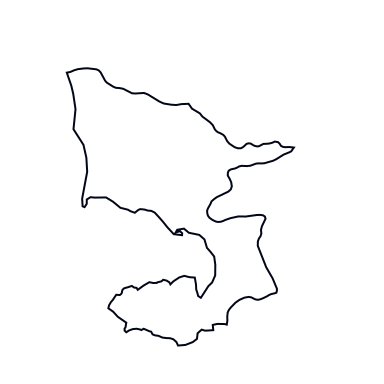 Shizuoka, Albers equal-area conic projection, rotated 76°
{"feature_id": "JPN-1845", "entity_name": "Shizuoka", "entity_type": "Prefecture", "adm_level": 1, "iso_a3": "JPN", "parent_name": "Japan", "parent_adm1": "", "projection": "albers", "projection_center": [138.464, 35.111], "detail": "fine", "context": "isolated", "style": "outline", "palette": "ink", "viewbox_px": 384, "rotation_deg": 76, "n_neighbors": 0, "source": "natural_earth", "source_scale": "10m", "svg_char_len": 3344}
<svg xmlns="http://www.w3.org/2000/svg" viewBox="0 0 384 384"><g transform="rotate(76 192 192)"><path d="M329.1,190.4L328.1,192.0L326.1,199.4L326.0,204.0L331.2,204.8L330.5,208.8L329.7,212.9L327.9,215.9L330.4,220.7L335.7,222.7L337.8,227.5L338.8,235.4L337.6,242.7L333.8,243.4L330.3,245.8L328.5,248.8L327.7,251.7L326.1,255.9L323.4,259.4L322.2,262.5L320.6,264.7L317.7,265.4L316.5,267.5L315.1,269.2L313.0,272.0L313.7,274.4L312.7,275.9L311.3,278.8L310.7,282.6L311.1,286.5L312.2,289.7L310.2,290.9L308.5,290.6L307.1,289.2L302.9,287.4L295.1,294.2L289.0,297.5L284.6,301.3L281.9,299.9L279.4,297.5L277.5,294.9L273.4,290.4L274.5,287.0L273.8,285.4L272.6,284.3L271.2,283.8L270.0,283.0L269.0,281.1L268.9,277.3L268.6,273.1L270.7,271.3L271.6,269.0L273.8,268.3L271.1,261.7L269.2,255.2L270.9,251.7L271.7,248.2L271.3,247.6L271.3,243.3L270.2,241.2L271.8,238.1L274.2,235.8L276.4,235.3L274.4,232.1L273.6,230.1L271.8,224.9L271.5,219.8L274.1,214.9L275.7,210.0L282.7,210.5L287.7,211.5L291.2,211.2L294.4,211.2L296.8,209.0L287.3,198.9L284.7,194.4L278.6,189.7L268.3,187.0L260.0,186.1L254.4,188.6L249.8,191.0L241.0,191.4L235.4,195.3L230.8,204.9L225.6,208.7L225.1,215.5L227.2,217.5L227.2,213.1L229.6,211.5L231.5,212.1L228.5,219.9L220.5,224.3L213.8,227.4L208.7,230.0L202.9,233.2L200.5,236.0L199.3,239.4L197.5,242.4L196.1,246.3L196.4,248.4L198.3,252.5L195.7,256.4L193.7,258.4L190.0,265.3L182.3,271.0L176.5,276.7L173.9,287.7L172.5,291.7L173.8,295.9L178.0,297.0L180.7,299.9L179.4,301.6L171.9,300.2L147.0,288.8L133.1,286.2L120.0,285.9L102.4,291.8L83.5,285.0L68.1,283.5L59.7,283.4L45.9,284.6L46.1,281.2L45.9,279.9L45.4,277.0L45.2,273.1L45.9,267.3L46.7,263.4L49.8,255.2L51.4,253.1L53.9,251.7L62.9,249.4L64.4,248.7L65.6,247.9L70.9,242.8L72.5,240.6L73.7,237.0L75.2,233.8L81.7,226.3L82.7,223.3L84.3,214.6L86.6,211.3L96.3,201.8L99.3,198.0L102.2,191.2L103.8,186.3L104.2,180.8L105.6,174.0L111.2,171.8L117.7,165.3L121.3,163.7L128.9,157.5L132.3,155.6L136.7,154.7L138.7,153.7L140.3,152.4L141.9,150.2L144.2,147.8L146.2,146.7L151.1,145.6L154.2,144.0L158.9,139.7L160.7,136.9L161.4,134.0L160.9,131.9L159.9,129.8L158.6,127.7L158.4,125.7L159.1,123.5L162.1,120.5L163.5,117.9L163.8,115.9L163.2,113.6L162.6,111.1L163.4,107.3L163.7,104.6L163.6,102.0L163.1,99.5L164.4,96.5L166.3,95.3L168.8,94.5L170.2,92.8L171.0,91.0L171.9,86.7L173.5,82.4L176.5,85.8L177.0,87.8L177.9,94.1L180.5,102.1L181.3,105.7L181.6,114.9L181.2,117.1L180.1,121.4L180.0,123.5L180.6,128.9L180.2,132.2L178.6,137.6L178.6,140.1L179.3,142.6L179.6,144.8L179.5,146.9L179.5,149.0L180.2,151.2L182.1,152.6L184.8,153.3L188.6,152.2L192.1,151.6L196.2,152.0L198.8,153.7L200.4,156.6L203.0,169.2L204.3,172.4L205.8,175.3L208.3,177.2L211.9,180.6L213.9,181.9L216.1,182.3L218.7,182.3L221.2,181.3L223.8,179.1L225.6,177.1L226.6,175.7L227.2,174.4L227.5,173.3L227.8,171.6L227.7,169.1L227.2,166.6L226.7,161.2L226.9,153.2L228.8,145.7L230.0,134.7L230.7,131.4L231.8,128.7L233.5,127.2L235.7,127.1L242.1,132.4L245.4,134.2L249.2,134.8L251.6,136.3L253.2,138.2L255.8,140.0L260.1,141.2L283.0,138.2L295.2,134.7L306.3,133.0L308.1,133.4L310.1,134.5L310.3,136.1L310.2,139.8L310.5,141.5L310.8,142.8L311.4,144.6L312.3,149.0L312.6,151.4L312.6,153.7L312.2,155.0L311.4,156.7L308.6,159.9L307.5,162.4L307.2,166.6L308.1,171.9L309.9,176.6L313.2,181.9L314.9,184.2L316.1,185.4L317.7,186.6L321.7,188.0L325.4,188.8L329.1,190.4Z" fill="none" stroke="#020617" stroke-width="2"/></g></svg>